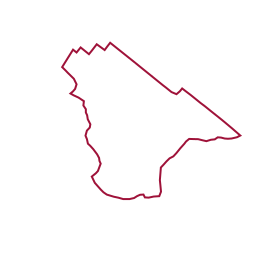 Senador Salgado Filho, Rio Grande do Sul, Brazil (Albers equal-area conic projection), rotated 129°
{"feature_id": "56859067B89394810714034", "entity_name": "Senador Salgado Filho", "entity_type": "district", "adm_level": 2, "iso_a3": "BRA", "parent_name": "Brazil", "parent_adm1": "Rio Grande do Sul", "projection": "albers", "projection_center": [-54.531, -28.03], "detail": "fine", "context": "isolated", "style": "outline", "palette": "rose", "viewbox_px": 256, "rotation_deg": 129, "n_neighbors": 0, "source": "geoboundaries", "source_scale": "gbopen_adm2", "svg_char_len": 1352}
<svg xmlns="http://www.w3.org/2000/svg" viewBox="0 0 256 256"><g transform="rotate(129 128 128)"><path d="M175.3,78.1L172.3,76.6L170.0,74.1L171.3,71.2L169.1,68.1L165.1,64.9L161.3,60.8L156.7,62.3L151.4,67.5L148.5,70.4L138.0,77.6L134.2,77.3L129.8,77.1L125.4,76.6L121.5,74.9L117.1,74.6L110.8,74.6L104.9,74.3L102.0,74.4L98.0,73.6L95.2,69.9L92.5,66.4L90.8,62.7L88.9,58.8L85.0,56.2L82.2,53.4L78.8,52.4L76.9,49.7L75.3,46.2L73.5,43.6L71.0,40.9L66.6,37.5L63.2,36.0L62.8,46.8L62.6,60.1L62.7,73.8L62.7,81.8L62.9,87.2L62.9,100.0L63.1,106.1L63.2,110.8L66.8,110.8L71.2,111.6L72.7,116.8L72.7,120.3L72.7,124.1L72.8,127.9L72.8,133.8L72.8,141.1L72.8,146.8L72.8,154.0L72.8,158.8L72.8,164.9L73.0,195.5L77.7,195.4L82.1,195.2L82.6,205.0L90.6,204.8L95.2,204.8L95.2,215.5L101.7,215.5L101.7,220.0L111.6,218.8L122.1,217.5L122.6,212.6L123.0,209.5L123.8,201.1L126.4,195.5L130.9,193.7L134.2,193.8L137.4,194.4L136.8,190.8L135.5,185.6L134.9,179.2L138.6,176.8L139.9,172.6L142.5,170.5L143.8,167.8L146.5,164.8L148.8,159.6L151.7,158.0L155.9,158.3L160.7,156.2L162.5,152.9L165.4,149.3L165.6,146.2L166.3,141.7L167.9,135.4L169.5,131.6L171.5,129.5L172.9,126.8L180.4,124.3L183.4,124.5L188.5,125.6L191.5,119.3L192.3,114.6L193.0,110.4L193.4,106.6L193.1,102.6L191.9,99.6L190.3,95.7L188.2,91.6L186.3,87.1L182.4,82.2L178.6,79.2L175.3,78.1Z" fill="none" stroke="#9f1239" stroke-width="2"/></g></svg>